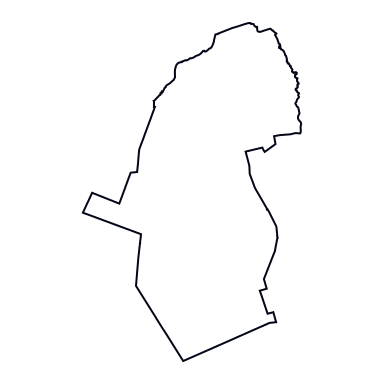 outline of Noordenveld, Drenthe, Netherlands
{"feature_id": "6326949B11636300368491", "entity_name": "Noordenveld", "entity_type": "district", "adm_level": 2, "iso_a3": "NLD", "parent_name": "Netherlands", "parent_adm1": "Drenthe", "projection": "albers", "projection_center": [6.459, 53.095], "detail": "fine", "context": "isolated", "style": "outline", "palette": "ink", "viewbox_px": 384, "rotation_deg": 0, "n_neighbors": 0, "source": "geoboundaries", "source_scale": "gbopen_adm2", "svg_char_len": 5394}
<svg xmlns="http://www.w3.org/2000/svg" viewBox="0 0 384 384"><path d="M230.0,28.9L218.1,33.6L218.2,33.8L217.1,34.2L215.8,34.4L215.4,34.5L214.1,39.9L214.0,40.7L213.5,42.9L213.2,43.5L212.6,45.2L211.8,46.7L210.9,47.9L210.3,48.3L209.3,48.6L208.8,49.0L208.0,49.9L206.4,51.2L205.2,51.6L204.5,51.3L204.3,50.8L203.0,51.0L202.0,52.3L201.2,53.0L201.0,53.4L198.7,55.0L196.9,55.6L196.0,55.9L193.4,57.6L191.0,58.4L190.2,58.2L188.0,59.8L186.2,60.5L185.4,60.2L182.3,61.5L181.6,61.7L181.8,62.1L180.4,62.4L178.6,62.7L178.3,62.9L177.9,63.4L177.6,63.5L177.1,64.1L176.5,64.9L176.3,65.3L175.7,66.9L175.1,69.3L175.0,70.0L174.9,70.8L174.9,71.8L174.9,72.1L174.9,72.7L174.9,73.0L174.9,73.9L175.0,76.7L175.0,77.4L174.8,77.8L174.1,79.0L173.8,79.7L173.6,80.0L173.1,80.4L169.7,83.4L167.4,84.8L166.6,85.3L165.2,87.2L165.4,87.3L164.5,88.1L164.5,88.4L164.3,88.7L164.3,88.8L163.5,90.3L162.8,91.8L161.8,91.4L161.7,91.7L161.7,92.4L161.6,92.9L161.6,93.2L161.2,93.1L161.1,93.5L160.9,93.7L160.7,93.7L160.6,94.0L160.4,93.8L160.3,94.2L160.0,94.5L159.8,95.1L159.4,95.3L159.0,95.6L158.8,95.9L158.3,96.5L156.6,98.2L156.5,98.4L154.2,100.7L153.8,100.9L153.9,101.0L154.0,101.7L154.0,102.1L154.0,102.5L154.0,102.9L154.0,103.5L153.9,103.9L154.0,105.0L153.9,107.0L154.9,107.0L152.8,112.6L150.4,119.3L144.6,134.9L143.1,139.2L140.7,145.4L139.3,149.3L139.1,150.5L138.3,159.6L138.0,163.5L137.1,172.0L130.7,172.7L130.3,173.7L129.3,176.4L128.6,178.2L128.0,179.9L126.0,185.4L123.8,191.4L119.3,203.6L92.1,192.8L89.9,197.7L88.7,200.3L87.1,203.6L82.9,212.7L141.0,234.2L140.8,236.5L139.9,243.6L140.0,243.7L139.9,243.8L139.4,248.4L138.3,258.2L136.0,285.9L155.9,317.6L156.6,318.9L162.7,328.6L165.1,332.2L167.5,336.0L183.2,361.0L218.0,345.7L269.5,322.9L276.1,322.2L273.3,312.2L272.9,312.4L272.7,312.4L267.6,313.7L264.3,303.9L263.3,300.9L261.3,294.9L259.8,290.7L266.7,288.7L263.9,279.1L274.4,252.3L274.9,251.3L274.9,251.1L275.7,246.6L277.4,237.8L277.3,237.2L277.5,237.3L277.1,234.1L276.4,226.7L276.0,225.8L270.2,214.2L269.7,213.1L267.6,209.3L267.0,209.5L267.0,209.3L266.4,207.7L266.0,207.0L255.5,188.9L255.1,188.1L254.7,187.3L249.8,174.1L249.7,173.6L249.4,166.8L249.3,165.7L247.7,159.4L245.6,151.6L262.4,147.6L263.3,149.8L263.7,150.4L264.7,151.9L275.5,144.1L274.1,136.2L277.6,135.5L280.2,135.1L290.4,134.3L295.3,133.1L295.9,133.1L300.2,133.4L300.6,132.4L300.8,131.7L300.8,131.1L300.6,127.9L300.6,127.5L300.6,126.6L301.1,124.3L301.1,124.0L301.1,123.5L301.0,122.9L300.6,122.1L298.9,120.2L298.5,119.6L298.2,118.9L298.1,118.5L298.0,118.0L298.0,117.6L298.0,116.9L298.2,116.1L299.2,114.0L299.4,113.7L299.5,113.3L299.5,113.1L299.2,112.2L299.0,110.8L299.0,110.5L298.7,109.5L298.4,108.7L298.4,108.0L298.3,107.7L298.2,107.5L297.9,107.2L296.9,106.5L296.7,106.2L296.6,105.9L296.3,105.0L296.2,104.8L295.6,104.1L295.4,103.7L295.4,103.4L295.5,102.9L295.6,102.7L296.3,102.0L296.5,101.7L296.7,100.8L296.9,100.0L297.1,99.5L297.3,99.3L298.7,97.7L298.8,97.5L298.9,97.2L298.9,96.9L298.8,96.5L298.4,95.9L298.2,95.4L298.3,94.9L298.3,94.7L298.8,93.8L299.0,93.3L298.8,93.1L298.5,93.0L297.5,92.3L297.3,92.1L297.2,91.9L297.3,91.6L297.0,91.0L296.8,90.8L296.4,90.8L295.8,90.0L295.5,89.4L295.6,89.2L295.8,88.8L295.9,88.7L296.3,88.7L296.5,88.7L296.7,88.2L296.9,88.1L297.4,87.7L297.7,87.3L297.8,86.9L297.8,86.7L297.5,86.5L297.3,86.2L297.3,85.9L297.3,85.6L297.5,85.3L297.4,85.2L297.4,84.6L297.6,84.2L297.8,84.0L298.3,84.1L298.5,84.1L298.6,83.9L298.6,83.4L298.6,83.1L298.0,82.3L297.5,81.8L297.2,81.5L297.0,81.2L297.0,80.9L297.1,80.4L297.1,80.0L297.0,79.7L297.0,79.3L297.1,79.1L297.4,78.6L297.5,78.5L297.5,78.3L297.4,78.2L296.6,78.1L295.7,77.7L295.4,77.5L295.3,77.4L295.2,77.3L295.1,77.0L295.0,76.6L295.0,76.3L295.3,75.7L295.2,75.5L295.0,75.3L295.0,75.1L295.2,74.8L296.1,74.3L296.5,74.1L296.7,73.9L296.5,73.4L296.5,73.1L296.7,72.9L296.3,72.5L296.2,72.4L296.0,72.6L295.5,72.5L295.1,72.2L294.7,72.3L294.1,72.9L293.8,73.0L293.7,73.0L293.5,72.9L293.3,72.7L292.9,72.0L292.2,71.8L292.1,71.7L292.0,71.0L292.0,70.7L292.3,70.1L292.4,69.6L292.1,68.9L291.3,68.3L291.1,68.0L290.8,67.1L290.8,66.8L290.9,66.4L290.8,66.2L290.7,66.1L290.2,66.2L289.9,66.1L289.5,64.5L289.1,64.1L289.0,63.8L288.9,63.7L288.5,63.9L288.3,63.8L288.2,63.7L288.1,63.4L288.2,63.2L287.7,63.0L287.5,62.7L287.4,62.6L287.6,62.2L287.3,61.7L287.0,61.5L286.8,61.3L286.9,61.1L287.0,60.7L286.8,60.5L286.8,60.3L286.8,59.9L287.0,59.2L286.8,58.8L286.5,58.0L286.5,57.5L286.3,56.7L285.9,55.7L285.5,55.6L285.0,54.8L285.0,54.6L285.0,54.1L284.9,53.8L284.7,53.4L283.9,51.6L283.6,50.9L283.3,50.7L283.1,50.6L282.4,49.9L282.1,49.7L281.1,49.4L280.9,48.8L280.9,48.4L280.8,48.2L280.6,48.0L280.1,48.0L279.4,48.2L279.1,47.9L279.1,47.1L279.0,46.7L279.1,46.4L280.2,46.0L280.3,46.0L280.3,45.6L280.0,44.9L279.9,44.2L279.6,43.9L279.1,43.8L278.7,43.6L278.6,43.3L278.5,42.5L277.7,40.3L277.5,39.8L277.5,39.4L277.4,39.2L277.0,38.5L275.0,34.8L275.2,34.5L276.3,33.7L276.2,33.6L276.1,33.3L276.1,33.2L275.9,33.1L275.7,33.1L273.1,31.0L272.9,30.8L272.9,30.5L272.5,30.4L272.0,30.2L270.9,29.1L270.5,28.8L270.1,28.7L262.8,31.0L261.5,31.5L260.7,31.8L260.2,31.9L259.3,31.7L258.7,31.8L258.5,31.7L258.1,31.5L257.8,31.3L257.6,31.0L257.5,30.9L257.3,30.1L257.2,29.5L257.1,28.4L257.1,28.1L257.1,27.8L257.2,27.6L257.2,27.4L257.0,26.8L256.1,27.1L254.4,25.7L254.1,25.3L253.8,24.9L253.6,24.1L250.9,23.8L250.7,23.8L250.6,23.6L250.6,23.1L250.4,23.0L248.6,23.1L247.5,23.3L246.7,23.5L246.2,23.7L244.7,24.1L238.1,26.3L232.0,28.1L230.0,28.9Z" fill="none" stroke="#020617" stroke-width="2"/></svg>